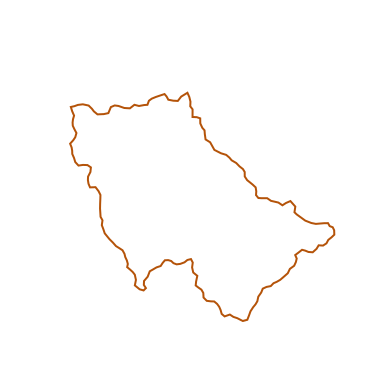 Tombos, Minas Gerais, Brazil, rotated 237°
{"feature_id": "56859067B96158848601307", "entity_name": "Tombos", "entity_type": "district", "adm_level": 2, "iso_a3": "BRA", "parent_name": "Brazil", "parent_adm1": "Minas Gerais", "projection": "albers", "projection_center": [-42.069, -20.891], "detail": "fine", "context": "isolated", "style": "outline", "palette": "amber", "viewbox_px": 384, "rotation_deg": 237, "n_neighbors": 0, "source": "geoboundaries", "source_scale": "gbopen_adm2", "svg_char_len": 2580}
<svg xmlns="http://www.w3.org/2000/svg" viewBox="0 0 384 384"><g transform="rotate(237 192 192)"><path d="M91.8,289.1L94.1,285.4L96.3,281.3L97.8,278.5L101.0,275.2L106.3,271.4L116.2,267.6L119.2,266.9L123.5,270.7L130.8,269.6L131.6,264.8L131.6,260.6L136.1,258.7L141.6,253.4L145.8,251.7L148.6,247.4L150.8,244.4L154.5,244.0L157.6,246.3L161.2,247.9L165.2,246.9L168.6,245.8L171.9,244.7L176.3,244.7L180.1,247.1L183.5,247.2L187.6,245.8L192.2,244.9L197.0,242.5L200.4,242.1L204.5,240.9L208.7,237.4L215.1,233.7L223.8,234.3L228.7,232.0L233.6,234.3L236.9,236.1L240.2,235.6L245.0,236.3L249.3,239.0L252.2,236.7L254.6,233.3L261.0,237.5L264.8,237.2L268.6,239.9L273.2,241.5L277.7,242.2L277.9,234.9L276.1,229.7L278.8,226.0L282.3,222.4L285.9,222.7L289.1,222.3L290.0,218.9L291.4,213.4L292.2,209.1L292.0,205.6L289.4,202.1L291.0,199.2L293.0,194.4L296.5,191.2L296.0,185.5L299.3,181.0L304.2,177.2L306.7,174.3L307.4,170.2L303.7,164.8L305.4,160.4L308.6,155.0L313.1,153.6L316.3,153.4L320.8,152.4L325.0,148.2L327.2,143.7L328.0,140.2L329.3,136.7L325.0,135.5L320.3,134.7L317.8,131.8L315.3,129.7L312.5,128.1L308.8,127.6L304.4,127.2L301.5,123.9L300.1,120.6L298.9,116.1L294.9,115.3L291.9,114.0L289.1,112.3L284.8,111.6L280.7,110.4L276.0,111.2L274.1,115.3L271.5,119.0L267.7,120.6L264.1,117.7L261.5,113.2L258.7,111.2L255.3,109.7L251.4,109.0L248.6,113.7L243.6,114.1L239.4,113.6L236.2,111.4L232.1,108.5L228.1,105.8L224.7,103.9L221.0,101.8L217.0,101.5L213.3,98.3L209.1,97.4L204.9,96.3L201.0,96.7L197.4,97.1L192.7,98.1L188.0,98.8L184.8,100.3L181.0,102.0L176.9,101.7L173.8,100.6L170.1,100.1L166.6,99.0L164.3,96.7L160.7,97.8L157.2,98.7L153.8,99.0L148.8,97.1L144.8,93.2L138.9,95.1L135.8,97.8L136.5,101.0L140.3,101.0L143.5,103.3L145.1,108.7L148.5,113.4L148.3,116.8L148.1,121.2L147.0,125.4L148.5,128.8L149.5,132.1L147.8,135.0L145.4,137.0L142.4,137.7L139.7,139.7L138.1,143.0L137.1,147.4L137.5,151.1L136.3,154.6L132.4,154.2L128.7,151.0L123.8,149.2L118.8,150.8L114.7,146.7L111.6,144.2L108.4,145.3L105.0,146.7L101.2,146.5L97.2,144.2L92.7,145.1L90.0,148.3L88.1,151.0L84.5,152.1L81.0,152.3L77.4,151.7L73.6,150.5L69.9,151.6L68.6,157.0L64.7,158.7L61.6,161.2L56.2,164.3L54.7,168.8L57.5,172.7L60.1,176.1L62.1,180.6L63.2,184.1L64.8,187.3L68.1,190.6L70.0,195.3L72.4,198.7L71.8,202.8L70.2,206.8L71.1,210.7L70.5,214.1L70.3,218.1L71.0,223.4L71.7,228.1L74.2,232.2L74.5,237.5L76.7,241.0L79.2,243.6L82.9,244.2L83.2,248.4L83.6,252.8L81.2,255.0L78.3,257.0L75.7,260.4L76.5,265.5L78.3,269.2L75.7,272.7L75.7,276.8L77.6,280.2L78.0,284.4L78.7,288.1L82.5,290.4L85.8,290.8L88.4,288.9L91.8,289.1Z" fill="none" stroke="#b45309" stroke-width="2"/></g></svg>